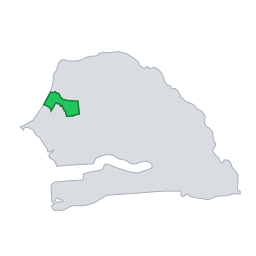 location of Kebemer, Louga, Senegal, rotated 356°
{"feature_id": "50182788B60047071387499", "entity_name": "Kebemer", "entity_type": "district", "adm_level": 2, "iso_a3": "SEN", "parent_name": "Senegal", "parent_adm1": "Louga", "projection": "albers", "projection_center": [-16.284, 15.311], "detail": "fine", "context": "in_parent", "style": "filled", "palette": "green", "viewbox_px": 256, "rotation_deg": 356, "n_neighbors": 0, "source": "geoboundaries", "source_scale": "gbopen_adm2", "svg_char_len": 6606}
<svg xmlns="http://www.w3.org/2000/svg" viewBox="0 0 256 256"><g transform="rotate(356 128 128)"><path d="M202.5,116.2L205.9,121.9L205.2,124.7L204.5,128.8L206.4,131.7L208.6,133.5L210.2,135.2L212.0,137.6L212.4,142.5L212.1,145.9L213.3,147.5L214.2,149.5L214.1,151.1L213.5,152.6L211.4,154.6L211.2,158.2L214.6,162.5L216.9,164.8L216.9,166.2L217.5,167.7L219.1,169.4L220.1,169.0L221.2,167.5L221.6,166.5L224.6,166.9L226.0,167.3L227.9,170.1L228.6,172.0L229.1,174.4L231.1,177.3L232.9,179.4L233.3,180.7L234.8,182.4L234.0,186.4L234.1,188.4L233.2,193.7L233.0,196.2L233.1,197.2L235.5,199.0L235.3,201.7L232.9,201.3L228.8,201.0L220.7,202.6L217.8,202.1L212.4,202.4L208.6,203.2L203.8,205.1L200.0,204.7L197.9,203.4L195.2,203.5L192.2,202.8L188.9,201.6L186.0,200.9L182.7,198.5L181.3,198.1L180.2,198.8L179.4,199.6L178.4,200.1L176.7,199.7L176.0,198.1L176.5,196.5L176.7,195.2L175.9,194.6L173.9,194.4L170.8,194.4L165.7,194.0L164.6,193.7L153.2,193.4L141.5,193.5L131.6,193.6L119.0,193.6L110.2,193.6L101.9,193.7L95.6,196.9L88.7,200.5L79.4,202.4L68.8,201.7L65.4,202.2L61.8,203.8L59.2,204.9L55.6,205.6L50.8,205.0L48.9,205.4L47.7,203.8L46.3,201.2L47.2,199.2L50.1,198.0L54.4,196.4L56.7,197.3L58.1,197.3L58.3,196.3L57.9,195.7L54.6,194.3L52.9,192.5L51.5,193.6L50.3,195.8L49.3,196.5L47.8,197.1L46.9,195.6L46.6,194.1L47.3,192.9L46.9,186.5L47.3,183.0L47.1,180.0L49.2,178.0L51.1,176.8L58.7,176.7L65.8,176.6L72.6,176.6L79.6,176.7L80.2,170.6L82.4,170.2L85.7,169.5L91.8,168.8L98.7,168.0L100.1,166.8L101.2,164.8L101.9,163.0L103.3,162.3L105.2,162.9L107.8,163.8L110.4,165.2L113.3,166.6L115.3,167.4L120.1,169.5L128.2,172.4L134.9,173.5L143.0,171.3L148.8,169.8L149.5,167.2L148.6,164.7L144.2,162.4L138.3,162.7L136.5,163.4L133.8,164.2L132.1,164.5L129.3,164.0L125.8,162.0L123.5,160.0L120.4,159.1L116.7,158.2L110.8,154.0L107.7,153.3L104.8,153.1L99.2,154.0L93.7,156.2L90.8,161.3L85.4,161.2L73.7,161.1L63.0,160.9L54.2,161.3L53.3,157.6L51.2,154.7L47.8,152.2L47.1,149.9L48.2,147.9L51.5,146.2L52.3,145.0L50.5,145.2L47.9,146.3L46.2,146.3L46.0,143.1L43.2,139.0L39.9,132.0L36.3,129.1L33.2,123.5L30.0,121.3L27.1,120.3L24.6,120.5L23.6,123.0L20.5,119.3L24.8,118.0L34.0,113.4L44.5,100.1L54.0,84.4L55.2,80.6L56.4,77.8L57.1,71.4L58.5,67.5L59.7,66.8L61.3,63.9L63.2,58.7L65.4,55.8L67.8,55.3L69.7,55.5L71.1,56.6L75.0,57.2L81.6,57.5L86.7,56.7L90.2,54.9L94.9,53.9L100.7,53.9L103.8,53.1L104.1,51.6L104.8,51.2L106.1,51.8L107.2,51.5L108.3,50.5L109.3,50.4L110.4,51.3L115.3,51.5L123.9,51.1L132.0,53.8L139.4,59.5L143.3,63.3L143.5,65.2L144.8,67.2L147.0,69.1L149.0,69.4L150.8,68.2L152.3,68.3L153.3,69.8L155.4,70.1L157.8,69.1L159.4,69.4L159.7,70.3L160.1,70.8L161.3,71.0L162.8,72.1L165.0,75.1L166.8,79.4L168.2,84.9L170.0,87.8L172.3,88.3L173.5,89.4L173.8,90.7L174.5,91.6L175.5,92.1L177.4,91.7L179.6,93.6L182.0,97.5L182.5,99.4L182.1,100.3L182.3,101.1L183.8,101.7L185.3,103.0L186.6,105.0L189.2,106.7L193.3,108.2L196.2,110.4L198.0,113.5L201.7,116.0L202.5,116.2Z" fill="#d9dde1" stroke="#a8b0b8" stroke-width="1"/><path d="M70.4,112.1L70.7,112.1L71.1,112.0L71.3,112.0L72.3,112.1L72.8,112.2L73.2,112.2L73.5,112.2L73.7,112.3L73.8,112.3L73.8,112.2L73.9,111.9L74.0,111.9L74.0,111.7L74.3,111.7L74.5,111.7L74.9,111.6L75.1,111.6L75.3,111.6L75.5,111.6L75.8,111.5L76.0,111.5L76.3,111.5L76.6,111.4L76.8,111.4L77.0,111.3L77.1,111.2L77.3,111.0L77.3,110.9L77.9,110.7L78.4,110.7L79.0,110.7L79.5,110.7L80.0,110.7L80.4,110.8L80.4,110.4L80.4,110.0L80.4,109.7L80.4,109.2L80.4,108.6L80.3,108.0L80.3,107.3L80.3,106.6L80.3,106.4L80.3,106.0L80.2,105.4L80.2,105.0L80.2,104.5L80.2,104.4L80.2,103.8L80.2,103.5L80.1,102.9L80.1,102.3L80.0,102.0L80.0,101.9L80.0,101.3L80.0,100.9L80.0,100.5L80.0,100.4L80.0,100.1L79.9,100.0L79.9,99.7L80.0,99.0L79.9,98.9L79.9,98.5L79.9,98.1L79.9,97.6L79.4,97.6L78.9,97.5L78.4,97.5L77.8,97.4L77.3,97.4L76.8,97.3L76.3,97.3L75.8,97.2L75.2,97.2L74.7,97.2L73.7,97.1L73.7,96.9L73.4,96.9L73.1,96.8L72.5,96.6L72.3,96.6L72.0,96.6L71.4,96.6L71.2,96.6L70.8,96.6L70.4,96.6L70.2,96.6L69.9,96.5L69.7,96.4L69.2,96.2L68.8,96.0L68.4,95.8L68.2,95.7L67.8,95.7L67.6,95.7L67.3,95.7L67.0,95.6L66.6,95.5L66.4,95.5L65.9,95.2L65.2,94.9L64.9,94.7L64.7,94.6L64.4,94.4L64.2,94.3L64.0,94.1L64.0,93.7L63.9,93.3L63.7,93.3L63.4,93.2L63.2,93.2L62.9,93.0L62.7,92.8L62.6,92.7L62.5,92.3L62.5,92.1L62.5,91.6L62.4,91.0L62.4,90.9L62.0,90.6L61.9,90.4L61.9,89.9L61.8,89.6L61.7,89.3L61.5,89.1L61.3,88.9L61.0,88.6L60.7,88.5L60.6,88.4L60.4,88.4L60.1,88.4L59.9,88.4L59.7,88.3L59.5,88.2L59.3,88.1L59.1,88.0L59.0,87.8L58.8,87.7L58.5,87.3L58.2,87.0L57.9,86.8L57.7,86.8L57.4,86.8L57.3,87.0L57.3,87.3L57.3,87.5L57.1,87.6L56.9,87.6L56.7,87.6L56.3,87.5L56.0,87.4L55.6,87.3L54.9,87.2L54.1,87.0L53.3,86.8L53.2,86.8L53.1,87.0L53.0,87.3L52.8,87.5L52.7,87.8L52.5,88.1L52.4,88.3L52.3,88.5L52.2,88.6L52.0,89.0L51.8,89.2L51.6,89.6L51.4,89.9L51.2,90.1L51.1,90.3L51.0,90.5L50.9,90.7L50.7,90.9L50.5,91.2L50.4,91.4L50.2,91.7L49.8,92.3L49.6,92.6L49.4,92.9L49.2,93.2L49.0,93.4L48.7,93.9L48.6,94.1L48.4,94.4L48.2,94.6L48.1,94.8L48.0,95.0L47.8,95.3L47.7,95.5L47.5,95.8L47.4,96.0L47.2,96.4L47.0,96.7L46.8,97.1L46.6,97.4L46.5,97.6L46.3,98.0L46.1,98.3L45.9,98.6L45.7,98.9L46.3,99.1L46.8,99.4L47.4,99.6L48.0,99.8L48.5,100.1L48.9,100.2L49.1,100.4L49.2,100.7L49.4,100.8L49.6,101.0L49.8,101.1L50.0,101.2L50.6,101.8L50.8,102.0L51.2,102.3L51.5,102.5L51.9,103.1L52.0,103.3L52.3,103.4L52.3,103.5L52.5,104.1L52.5,104.4L52.5,104.6L52.4,105.5L52.6,105.3L52.9,105.0L53.0,104.8L53.1,104.6L53.3,104.4L53.5,104.2L54.0,103.7L54.3,103.2L54.4,102.8L54.7,102.2L54.9,101.8L55.1,101.4L55.3,101.1L55.6,101.0L55.8,100.9L55.9,100.7L55.9,100.4L55.9,100.2L56.0,100.1L56.1,99.9L56.2,99.7L56.3,99.6L56.5,99.4L56.7,99.1L56.9,98.9L57.1,98.7L57.5,98.2L57.8,98.0L58.0,97.8L58.3,98.0L58.5,98.2L58.7,98.4L58.8,98.5L59.1,98.8L59.3,99.0L59.7,99.0L60.0,99.0L60.7,98.9L61.2,98.9L61.5,99.1L61.7,99.3L61.8,99.5L62.0,99.8L62.1,100.1L62.0,100.4L61.9,100.6L61.7,100.7L61.7,100.9L61.8,101.1L62.0,101.2L62.1,101.4L62.3,101.5L62.5,101.7L62.8,101.7L63.0,101.5L63.0,101.1L63.1,100.9L63.4,100.9L63.5,100.9L63.9,101.1L64.1,101.3L64.2,101.5L64.3,101.8L64.4,102.0L64.4,102.3L64.4,102.6L64.3,103.0L64.4,103.3L64.4,103.5L64.5,103.7L64.6,103.9L64.8,104.1L64.9,104.3L65.0,104.4L65.1,104.6L65.3,104.8L65.3,105.0L65.5,105.2L65.5,105.4L65.5,105.5L65.4,105.8L65.4,106.0L65.5,106.2L65.6,106.4L65.7,106.5L65.9,106.6L66.3,106.8L66.6,107.1L66.8,107.2L66.9,107.4L66.9,107.6L66.9,108.1L66.9,108.4L66.9,108.7L66.9,109.0L67.0,109.3L67.1,109.6L67.2,109.9L67.2,110.0L67.3,110.1L67.4,110.3L67.5,110.4L67.5,110.6L67.6,111.2L67.6,111.4L67.6,111.5L67.5,111.8L67.6,112.0L67.8,111.9L68.1,111.9L68.3,111.9L68.9,112.0L69.3,112.1L69.7,112.2L69.9,112.2L70.2,112.2L70.4,112.1Z" fill="#22c55e" stroke="#15803d" stroke-width="1.5"/></g></svg>